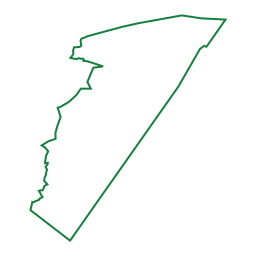 Tafa, Niger, Nigeria (Mercator projection)
{"feature_id": "59680162B63010488329613", "entity_name": "Tafa", "entity_type": "district", "adm_level": 2, "iso_a3": "NGA", "parent_name": "Nigeria", "parent_adm1": "Niger", "projection": "mercator", "projection_center": [7.225, 9.227], "detail": "fine", "context": "isolated", "style": "outline", "palette": "green", "viewbox_px": 256, "rotation_deg": 0, "n_neighbors": 0, "source": "geoboundaries", "source_scale": "gbopen_adm2", "svg_char_len": 1287}
<svg xmlns="http://www.w3.org/2000/svg" viewBox="0 0 256 256"><path d="M225.5,19.6L201.0,18.3L181.8,15.4L138.5,23.2L122.8,26.7L112.7,29.4L99.0,33.1L86.9,36.4L85.0,37.4L83.7,38.0L82.3,38.2L81.2,39.0L80.6,40.7L80.9,43.5L81.3,45.3L80.7,46.4L79.3,47.0L74.0,47.4L73.0,51.0L73.5,53.5L72.2,55.7L70.4,57.9L74.6,58.8L77.0,59.1L78.5,58.1L80.8,58.8L82.3,58.5L83.8,59.3L83.4,60.9L87.5,61.3L94.4,63.5L103.1,66.4L93.3,67.7L87.4,82.0L90.8,88.7L80.8,88.7L76.4,95.0L68.9,101.9L60.2,107.0L57.7,107.6L60.6,117.0L58.1,123.9L56.9,127.4L55.4,133.2L55.6,138.8L48.2,141.4L41.7,145.4L44.7,147.3L46.7,149.3L47.6,151.0L48.1,151.1L47.9,151.8L47.6,152.7L46.8,154.4L46.2,155.2L45.8,157.3L45.6,158.9L45.1,161.9L45.1,163.3L47.7,162.7L47.6,164.2L45.6,166.9L47.1,169.8L46.3,171.7L45.8,175.0L44.5,178.2L44.1,180.8L47.4,184.3L44.4,186.0L43.0,189.8L42.4,190.3L40.7,190.3L38.9,190.8L42.2,196.7L42.5,197.2L41.3,197.7L39.9,198.5L39.4,199.2L39.1,199.2L38.9,199.5L38.7,200.0L38.0,200.3L36.4,200.8L35.5,201.2L35.1,201.4L34.9,201.4L34.3,201.8L33.9,201.9L33.2,202.2L32.9,202.2L32.6,202.3L32.3,202.1L30.5,210.2L70.0,240.6L70.8,239.5L71.3,238.9L72.4,237.3L84.0,220.8L99.4,198.8L114.7,177.1L164.0,107.0L178.7,86.1L179.6,84.5L200.0,48.9L204.1,45.8L206.4,46.8L207.9,44.7L225.5,19.6Z" fill="none" stroke="#15803d" stroke-width="2"/></svg>